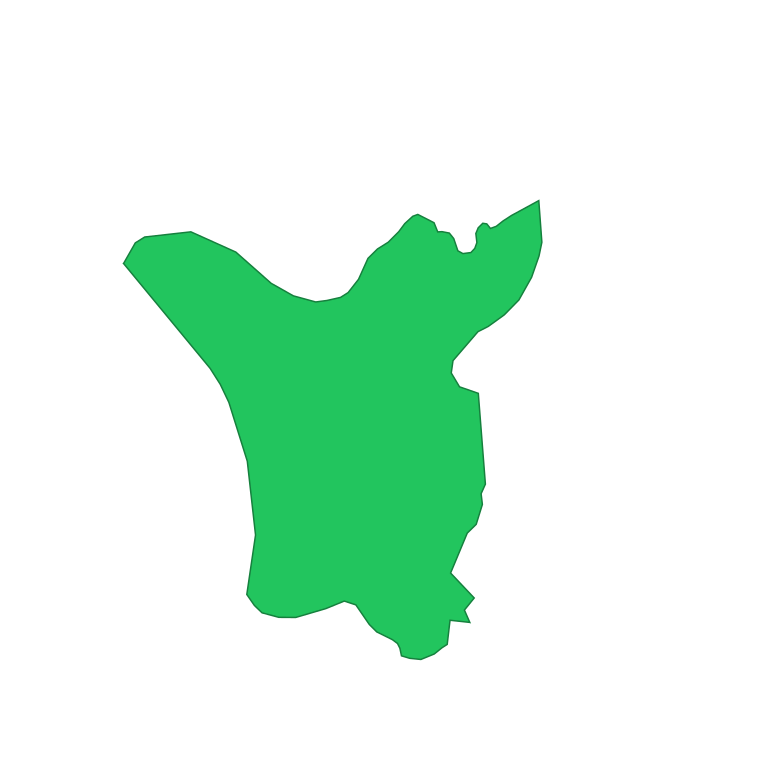 the Municipality of Tolmin, rotated 237°
{"feature_id": "SVN-1018", "entity_name": "Tolmin", "entity_type": "Municipality", "adm_level": 1, "iso_a3": "SVN", "parent_name": "Slovenia", "parent_adm1": "", "projection": "robinson", "projection_center": [13.801, 46.147], "detail": "fine", "context": "isolated", "style": "filled", "palette": "green", "viewbox_px": 768, "rotation_deg": 237, "n_neighbors": 0, "source": "natural_earth", "source_scale": "10m", "svg_char_len": 1203}
<svg xmlns="http://www.w3.org/2000/svg" viewBox="0 0 768 768"><g transform="rotate(237 384 384)"><path d="M155.4,343.1L150.6,328.3L137.3,326.1L137.5,325.9L149.9,310.7L131.2,295.2L131.2,288.9L130.2,279.1L132.9,264.9L139.9,256.2L146.5,250.6L153.7,253.4L159.0,254.0L165.0,251.8L180.0,242.9L190.3,240.7L214.1,240.1L223.6,232.4L227.3,212.9L236.3,182.8L245.6,168.7L258.5,157.1L268.8,154.7L282.2,154.3L327.3,194.0L393.7,227.3L453.1,243.9L472.9,246.5L491.8,246.7L627.0,231.2L627.0,231.4L637.8,252.3L637.6,263.4L616.8,304.9L575.3,331.6L529.9,344.2L507.3,356.0L490.0,371.4L485.1,381.7L480.3,394.7L480.2,403.7L485.7,419.7L498.1,439.0L500.8,452.1L500.6,464.8L503.7,479.3L507.2,488.8L509.0,499.5L507.8,504.7L492.0,513.8L482.3,511.9L480.2,515.6L475.0,521.0L468.0,521.7L455.5,518.5L450.4,521.2L446.9,528.5L448.3,534.0L452.0,538.9L460.2,543.0L463.7,548.1L465.0,554.4L462.3,557.4L456.5,558.0L455.1,564.0L455.9,572.8L455.9,582.7L453.5,613.7L416.9,593.6L406.9,583.7L393.1,565.9L381.0,542.9L376.5,522.6L375.5,502.8L376.7,491.3L366.0,454.6L356.6,446.4L340.5,445.8L324.8,458.0L244.8,414.5L239.1,405.7L229.4,400.9L216.1,384.9L213.6,372.6L189.2,336.9L155.4,343.1Z" fill="#22c55e" stroke="#15803d" stroke-width="1.5"/></g></svg>